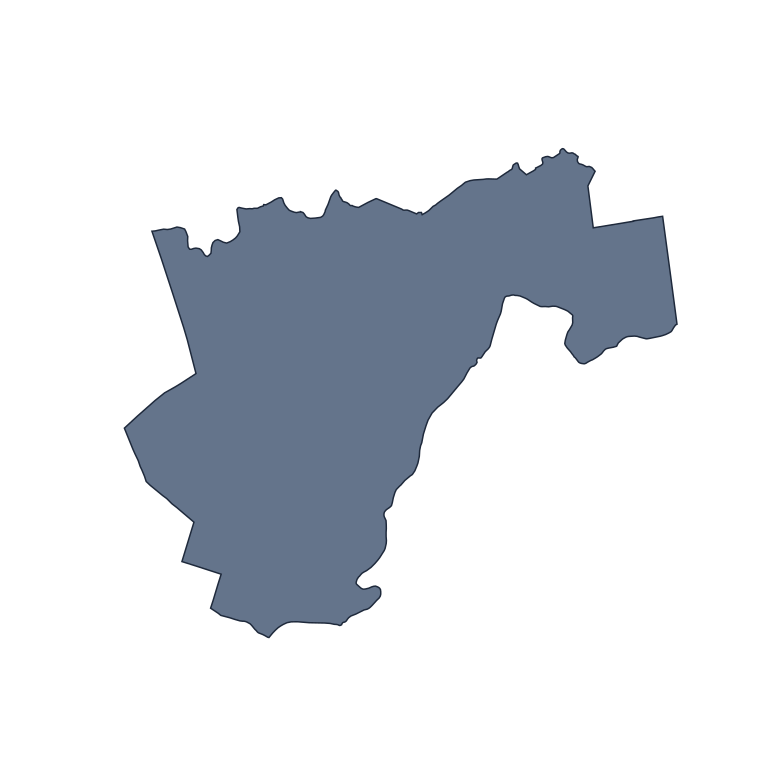 Cocorastii Colt, Prahova, Romania, rotated 106°
{"feature_id": "2599482B14880715488438", "entity_name": "Cocorastii Colt", "entity_type": "district", "adm_level": 2, "iso_a3": "ROU", "parent_name": "Romania", "parent_adm1": "Prahova", "projection": "robinson", "projection_center": [25.886, 44.846], "detail": "fine", "context": "isolated", "style": "filled", "palette": "slate", "viewbox_px": 768, "rotation_deg": 106, "n_neighbors": 0, "source": "geoboundaries", "source_scale": "gbopen_adm2", "svg_char_len": 6171}
<svg xmlns="http://www.w3.org/2000/svg" viewBox="0 0 768 768"><g transform="rotate(106 384 384)"><path d="M301.1,649.2L324.9,632.6L355.0,612.2L385.0,592.1L395.7,585.3L425.8,567.6L439.2,579.2L444.3,583.9L452.9,592.4L462.8,599.4L482.7,612.1L498.0,621.4L516.0,607.3L519.8,604.1L524.5,599.9L525.7,598.9L530.5,595.6L533.7,592.8L538.7,588.8L543.3,585.7L545.8,580.9L552.2,566.1L554.0,561.3L557.6,554.8L559.8,549.3L569.2,528.6L610.4,529.3L610.8,514.3L611.7,488.1L622.5,488.4L639.1,488.6L647.3,488.9L650.1,480.1L651.4,477.1L651.2,467.7L651.4,463.0L651.4,457.1L650.9,454.1L650.6,453.3L650.5,451.6L650.6,450.3L651.4,446.6L652.5,444.7L655.4,440.5L656.1,439.1L657.3,437.3L657.8,436.1L658.2,431.7L658.7,429.1L659.5,425.9L659.4,424.7L654.1,422.4L650.5,420.5L647.4,418.6L645.1,416.7L642.9,414.6L640.2,411.5L638.2,407.6L637.0,403.7L636.3,401.2L634.1,390.2L630.1,375.1L629.6,372.7L629.0,369.8L628.7,365.5L628.2,363.3L628.2,362.8L628.1,362.1L628.4,360.3L628.2,359.7L627.6,358.9L627.1,358.4L625.9,358.3L625.0,358.0L624.5,357.6L624.2,357.2L623.7,356.2L623.0,355.5L622.1,354.9L620.1,354.3L618.3,353.5L616.1,351.8L612.8,347.5L606.7,340.9L605.1,338.1L603.9,336.8L602.4,335.7L600.1,334.4L594.0,331.4L591.1,329.7L588.9,329.1L586.9,329.2L584.5,329.9L582.5,330.8L581.4,332.1L580.8,334.0L580.6,336.4L581.3,338.2L582.4,339.9L584.5,342.4L586.3,345.6L586.9,347.3L586.9,348.5L586.5,350.1L584.1,355.0L583.5,355.7L582.3,356.1L579.4,356.1L576.6,355.3L575.7,354.7L573.4,353.7L571.9,352.9L570.3,351.5L568.2,349.3L563.8,345.9L558.9,343.2L555.0,341.4L551.9,340.2L546.1,338.5L544.1,337.9L541.8,337.6L536.7,337.9L533.9,338.5L530.1,339.9L526.0,341.1L522.4,341.9L518.8,343.0L514.7,344.4L511.5,347.2L509.9,348.0L508.3,348.3L507.0,348.3L506.1,348.0L504.2,347.1L500.7,344.3L498.9,343.3L495.7,343.3L490.8,343.7L485.3,343.6L482.1,343.1L477.9,340.9L476.6,340.0L471.0,337.4L465.2,333.5L463.2,331.8L458.9,330.4L453.6,329.8L450.6,329.6L443.8,330.1L438.0,331.4L433.3,331.8L430.1,331.5L421.3,332.3L412.4,332.1L406.6,331.7L398.7,329.8L391.5,326.0L385.4,321.6L380.6,318.8L366.3,312.5L360.8,310.0L357.2,308.6L350.6,307.3L345.0,305.8L343.6,304.9L342.8,304.1L342.0,302.6L341.3,302.0L339.8,301.1L338.9,300.8L337.6,300.5L335.8,301.5L334.8,301.5L333.6,301.3L333.1,300.9L332.8,299.9L332.5,298.5L332.2,298.0L330.8,297.4L325.1,295.6L321.3,293.4L319.3,292.7L318.0,292.5L311.2,292.7L295.4,292.6L291.4,292.3L284.6,291.4L281.7,291.4L274.2,292.2L268.1,291.9L266.7,291.4L265.7,290.2L264.9,288.1L263.5,286.0L262.7,284.1L262.7,282.4L262.2,280.4L261.9,277.5L262.6,271.4L263.1,269.1L264.5,264.8L265.2,262.0L266.4,255.2L266.1,253.5L265.1,250.4L264.4,247.0L262.7,243.3L262.0,240.5L261.9,239.1L262.7,230.8L263.3,227.4L265.7,221.9L266.5,221.3L268.4,221.0L273.0,219.5L275.4,219.4L280.5,220.7L283.2,221.6L285.9,221.8L291.8,221.8L295.2,221.4L296.5,220.6L298.2,218.6L299.0,217.6L301.6,213.5L303.0,211.8L304.5,209.7L305.6,208.6L305.8,207.9L306.3,207.0L309.0,203.4L309.4,202.8L309.7,201.8L309.8,200.9L309.8,199.7L309.4,197.1L308.8,196.1L307.9,195.1L307.4,194.8L305.1,192.5L304.1,191.4L303.3,190.3L301.0,188.1L299.0,186.3L295.1,183.4L293.8,182.8L291.7,182.0L289.7,180.9L288.7,179.9L287.4,177.7L285.5,173.8L283.6,170.8L280.0,170.1L276.0,167.7L274.7,166.8L272.5,164.6L271.7,163.6L270.9,162.1L268.9,156.5L268.6,154.8L268.4,153.7L268.5,151.7L268.3,144.5L267.9,143.3L266.8,141.0L261.8,131.4L260.6,129.5L258.8,126.9L256.5,124.3L254.6,122.5L253.5,122.0L250.0,121.1L246.9,120.0L245.8,118.8L201.7,138.0L146.0,162.4L148.0,166.8L149.9,170.5L158.5,189.3L158.8,189.1L176.2,225.9L137.4,242.6L121.3,239.7L120.9,240.4L119.6,242.3L118.6,244.0L118.3,246.7L119.1,248.6L119.3,249.5L119.2,250.2L118.5,253.2L118.4,255.1L118.5,256.2L118.4,257.2L118.2,257.7L117.6,258.5L116.7,259.4L115.7,259.8L114.9,260.1L112.7,260.0L112.1,260.0L111.8,260.2L111.4,261.8L110.5,263.4L110.4,264.5L109.9,266.0L110.0,267.1L111.0,269.2L111.2,270.7L110.7,272.5L108.7,275.6L108.5,276.2L108.5,277.0L108.7,277.5L109.4,278.1L110.7,278.9L112.0,279.0L113.4,278.6L114.1,278.8L119.6,283.5L120.1,284.6L120.3,285.0L120.3,286.2L120.1,288.2L120.1,289.2L120.3,289.8L121.0,291.3L122.8,293.8L123.5,294.2L124.3,294.1L125.2,293.7L127.0,292.5L127.6,292.3L128.7,292.2L129.1,292.3L130.6,293.4L133.7,296.7L134.6,297.8L135.8,297.5L136.1,297.6L138.0,299.2L143.6,304.8L139.8,313.0L138.0,314.3L135.6,315.8L135.2,316.5L134.9,316.6L135.0,317.4L135.3,318.0L137.5,319.9L138.1,320.2L140.1,320.2L141.7,320.1L142.8,320.7L144.2,322.2L145.8,323.2L146.1,323.7L154.8,331.0L156.0,332.1L158.0,340.0L158.7,342.2L159.9,344.9L163.1,353.8L164.8,357.3L167.6,361.4L172.1,364.5L175.6,367.4L184.5,373.5L191.9,379.5L195.5,382.3L197.7,383.7L199.7,385.8L204.4,388.4L206.0,389.6L208.5,391.8L210.7,394.0L208.8,395.3L209.6,398.1L211.5,399.5L210.5,407.8L210.4,409.4L210.7,410.7L211.4,412.6L211.5,413.6L211.0,415.2L207.9,442.1L208.1,442.9L213.9,449.5L221.2,457.0L221.5,458.9L221.6,460.7L221.5,462.7L221.2,463.9L221.7,465.1L221.6,465.9L220.6,467.5L219.9,469.5L219.8,470.9L219.8,473.1L219.5,474.3L218.2,475.4L218.0,475.8L217.6,476.3L216.9,476.8L216.3,477.9L215.2,478.9L214.4,479.5L212.3,480.6L211.6,481.4L210.9,483.4L211.1,484.0L213.3,485.0L216.9,486.4L218.8,486.8L226.8,487.3L233.1,488.3L234.3,488.1L237.8,488.6L239.6,489.3L241.3,490.9L243.5,495.9L245.1,500.4L245.2,503.1L244.7,505.0L242.6,507.4L241.5,509.1L241.4,511.0L241.5,510.9L241.9,512.5L243.4,515.5L243.6,517.8L243.4,520.2L243.5,520.2L243.1,522.9L241.8,525.1L239.5,528.3L237.5,530.2L234.2,532.4L233.2,534.0L234.1,536.5L237.1,539.9L240.1,542.5L244.3,546.9L244.7,549.1L246.1,549.1L247.7,551.6L250.0,554.1L250.9,557.4L251.4,558.1L252.1,559.5L252.0,559.4L252.4,561.4L253.7,564.7L254.1,569.0L254.2,572.0L254.9,572.9L256.8,573.5L263.9,570.5L267.9,568.7L272.7,566.1L277.4,564.5L282.3,565.9L284.6,567.0L287.2,568.9L289.5,571.0L291.9,574.1L292.0,577.6L291.5,580.2L291.0,583.5L292.6,585.9L295.2,587.4L297.9,587.6L300.7,587.5L303.5,586.8L306.0,586.4L308.2,587.5L310.1,588.9L310.0,590.7L309.1,592.4L307.5,594.0L305.5,596.6L304.8,598.8L305.2,602.2L306.1,604.2L307.6,606.3L308.0,608.0L306.2,610.1L300.4,612.3L296.3,613.3L292.0,616.5L290.0,618.4L289.8,622.8L290.2,626.3L291.8,628.7L293.9,631.9L295.2,634.8L295.9,638.5L298.3,643.2L299.9,646.1L301.1,649.2Z" fill="#64748b" stroke="#1e293b" stroke-width="1.5"/></g></svg>